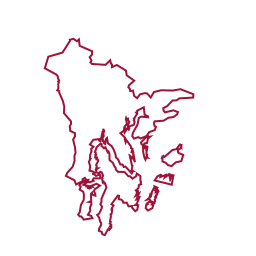 Gildeskål nor, Nordland, Norway, rotated 167°
{"feature_id": "86288312B17859654216493", "entity_name": "Gildeskål nor", "entity_type": "district", "adm_level": 2, "iso_a3": "NOR", "parent_name": "Norway", "parent_adm1": "Nordland", "projection": "albers", "projection_center": [14.061, 66.984], "detail": "fine", "context": "isolated", "style": "outline", "palette": "rose", "viewbox_px": 256, "rotation_deg": 167, "n_neighbors": 0, "source": "geoboundaries", "source_scale": "gbopen_adm2", "svg_char_len": 5841}
<svg xmlns="http://www.w3.org/2000/svg" viewBox="0 0 256 256"><g transform="rotate(167 128 128)"><path d="M191.3,84.7L183.4,86.7L183.8,88.3L181.2,89.1L180.6,87.5L181.4,86.6L178.2,86.4L179.0,84.7L177.7,83.8L173.4,84.2L174.0,85.4L172.8,86.7L166.7,85.2L165.6,87.9L165.9,89.0L170.0,88.5L171.3,90.6L173.1,91.0L170.6,91.7L171.4,93.2L175.1,95.1L173.5,98.9L173.7,103.9L171.6,106.3L172.1,106.4L171.0,110.1L168.7,113.8L168.7,115.8L165.9,117.5L168.8,120.5L164.4,124.3L158.2,123.6L158.9,122.1L157.8,121.2L153.5,130.3L152.6,130.4L152.4,132.8L151.8,130.4L153.1,128.6L153.5,125.5L155.1,124.1L155.1,121.1L155.8,120.1L154.8,120.6L154.7,118.3L153.8,117.6L151.9,122.2L150.7,123.0L151.0,117.6L148.0,114.0L146.9,110.7L146.1,105.1L146.4,102.1L144.7,99.6L143.7,94.2L141.5,93.6L140.9,91.0L139.2,91.0L134.6,82.9L133.7,84.0L134.1,84.9L132.7,84.8L134.0,86.0L132.2,90.1L132.6,90.3L132.5,100.8L131.9,100.2L131.4,96.5L131.2,98.0L129.2,99.2L129.7,97.9L128.9,93.1L128.6,99.1L129.1,98.8L129.0,100.5L128.3,102.8L128.4,104.6L130.4,103.0L128.3,106.7L129.7,107.8L129.3,108.7L129.6,110.1L132.3,116.7L133.5,114.7L133.7,117.9L133.1,119.3L136.6,124.7L132.4,126.5L132.4,124.3L129.4,127.1L130.3,128.2L131.6,126.3L132.3,127.1L131.3,129.9L128.0,132.4L128.1,137.3L127.5,138.4L126.8,136.5L126.0,136.8L126.3,135.8L125.3,133.7L127.8,130.2L128.1,126.7L127.7,126.2L126.8,127.4L126.8,128.7L127.7,128.1L126.9,129.2L121.6,129.8L120.1,132.6L120.4,133.9L121.2,133.3L119.6,135.5L120.0,135.9L115.8,139.8L116.6,141.3L115.4,141.5L115.2,142.8L108.0,144.6L108.8,137.3L105.9,134.8L106.0,133.9L112.4,136.1L115.2,135.4L118.0,129.1L124.4,122.1L125.7,119.1L124.5,116.3L120.1,116.8L118.0,115.0L111.7,116.0L108.3,119.2L102.4,120.0L100.5,122.9L101.6,123.9L101.8,126.5L100.6,128.5L91.5,127.1L86.5,128.9L81.1,128.5L77.1,130.2L75.7,132.3L79.8,135.0L88.4,134.9L89.4,136.8L89.2,139.4L85.0,140.5L78.3,144.8L74.6,144.0L71.2,145.3L57.7,143.0L56.7,146.2L68.1,154.0L75.8,154.4L87.2,157.3L94.6,157.2L99.0,152.6L101.6,157.4L103.8,158.2L108.7,158.1L112.5,155.0L114.8,158.0L114.7,163.3L117.5,163.5L117.4,165.7L118.5,167.6L117.5,169.4L111.3,172.7L117.4,179.7L117.1,184.4L124.7,191.9L130.0,190.9L129.3,193.4L130.1,194.8L130.1,198.0L135.7,194.6L148.7,198.5L149.9,200.5L148.4,201.9L149.4,205.7L146.6,207.6L145.6,210.8L156.6,218.9L155.9,225.3L158.2,224.0L161.0,227.1L164.8,227.1L164.9,226.0L174.9,216.2L189.6,215.4L195.6,204.9L185.8,196.2L184.8,194.1L185.1,192.3L184.4,189.8L185.6,189.1L185.0,188.2L186.1,186.5L187.0,182.1L188.5,180.6L186.7,179.5L187.0,177.7L185.4,169.2L185.3,163.1L187.1,156.9L182.1,147.4L182.5,145.0L184.4,142.7L184.9,138.1L180.9,134.9L181.5,131.9L184.1,129.0L184.0,121.0L184.7,115.5L186.4,113.1L187.5,107.9L190.7,102.6L197.1,98.2L199.3,95.3L192.0,89.2L191.3,84.7ZM174.6,28.9L170.6,33.5L169.5,33.0L169.3,34.7L169.0,33.2L166.6,34.8L166.3,36.5L167.6,36.3L166.2,37.8L167.3,39.1L165.9,40.4L166.5,41.2L164.6,45.5L164.3,47.9L163.3,48.1L161.9,51.3L162.5,51.9L161.7,52.7L162.0,53.3L159.5,55.8L161.3,57.4L153.1,64.5L152.0,64.0L153.0,60.7L150.6,59.7L149.5,58.0L149.5,56.3L146.0,55.5L145.1,51.5L141.7,51.1L141.9,49.4L139.7,45.3L137.4,46.2L135.5,50.5L138.3,51.3L136.5,52.1L132.3,58.3L133.9,58.4L134.8,57.1L135.1,57.0L135.8,56.4L136.0,56.4L132.0,61.7L135.7,60.3L133.8,62.7L134.0,64.6L132.6,63.5L132.5,64.5L134.1,65.5L131.3,67.1L130.2,70.0L127.8,70.3L128.1,71.4L127.4,72.6L127.8,73.8L126.7,78.3L129.7,81.7L131.0,79.1L135.1,77.7L136.8,80.4L138.5,81.0L141.3,86.0L147.6,87.5L149.2,90.2L149.0,92.0L150.0,94.0L150.5,97.4L153.2,100.9L151.9,107.0L152.2,109.4L153.2,108.8L154.4,115.1L154.8,113.7L155.9,113.5L157.9,116.6L157.3,118.2L158.4,118.9L162.8,116.4L165.6,111.9L165.0,111.2L165.3,109.9L166.6,108.6L164.6,109.7L166.7,106.7L165.4,106.1L166.1,103.8L164.8,105.5L164.4,102.7L167.4,99.1L167.0,97.9L168.0,95.9L166.3,95.5L168.8,94.4L168.5,93.4L169.0,92.0L166.6,90.4L164.8,91.6L163.6,90.7L163.0,87.1L164.6,85.0L164.2,84.4L164.8,83.6L164.8,80.6L163.8,81.1L163.6,79.3L162.8,79.4L162.4,74.9L169.8,65.0L170.5,61.9L172.1,60.0L171.0,57.2L172.1,55.1L175.4,51.1L177.6,50.2L176.3,47.2L176.1,42.6L175.5,41.6L176.0,39.5L178.7,36.6L179.5,34.3L176.9,32.6L176.9,30.2L174.6,28.9ZM193.9,56.9L196.1,54.8L194.8,52.6L193.5,52.4L191.7,48.7L183.0,48.1L183.6,50.6L186.6,52.5L183.4,55.8L183.1,58.6L180.6,62.4L180.6,64.0L182.5,64.7L180.3,65.1L178.9,72.2L177.7,72.9L178.2,71.4L175.0,69.4L174.7,71.2L175.4,73.8L174.3,75.7L168.3,78.1L171.3,80.7L176.6,79.9L175.9,78.7L178.9,79.7L178.0,77.9L179.4,77.7L180.5,78.5L179.7,79.7L181.1,80.2L180.1,80.7L184.2,82.7L180.1,84.3L180.5,84.8L184.1,85.3L187.5,84.1L188.3,83.1L187.3,81.3L189.0,78.9L185.9,75.9L186.0,72.5L187.4,67.8L191.2,63.6L193.9,56.9ZM94.1,81.1L89.2,83.8L83.5,83.7L80.2,89.4L84.4,92.3L84.7,93.8L84.2,95.4L80.8,96.7L80.9,97.7L80.4,96.9L80.0,98.8L81.1,98.3L79.9,99.5L81.2,100.3L85.1,96.9L84.3,96.4L89.6,96.6L98.9,91.6L99.8,92.8L100.6,91.9L100.4,93.2L101.8,90.9L101.2,90.6L102.0,87.7L99.1,85.6L97.4,82.8L94.1,81.1ZM113.8,70.9L98.1,62.9L94.9,70.6L95.9,71.3L94.8,71.8L97.9,73.4L97.4,69.6L98.5,68.2L98.4,73.5L103.3,71.5L101.7,73.8L107.4,73.0L106.3,74.8L106.6,75.1L110.3,74.2L113.8,70.9ZM118.1,93.2L117.0,95.2L115.6,94.7L116.2,95.5L115.4,97.5L115.9,97.7L115.6,99.8L112.9,106.1L114.9,104.1L114.7,105.4L116.0,105.1L114.9,106.3L115.5,106.9L116.0,106.3L116.5,105.0L116.9,104.5L117.0,104.5L115.5,109.3L112.9,109.1L110.9,113.2L108.2,114.6L110.8,114.8L110.5,116.1L118.7,111.0L118.4,108.9L117.2,108.3L118.6,101.1L118.7,95.6L118.1,93.2ZM119.4,49.3L118.0,50.6L118.2,52.1L115.5,55.0L117.8,54.1L116.0,55.8L116.7,56.2L115.2,56.1L113.6,58.4L115.7,58.9L115.0,60.3L115.3,60.7L112.8,60.2L113.8,62.3L112.7,63.2L115.1,65.0L114.8,62.5L116.1,63.9L120.2,58.9L119.8,58.5L120.9,56.7L121.5,57.8L122.3,56.2L121.8,55.8L125.5,53.9L123.0,53.8L122.7,52.1L119.4,49.3ZM127.1,43.1L122.3,44.4L120.6,47.5L121.6,47.9L119.8,48.6L123.9,51.3L126.5,50.2L126.0,49.3L127.6,48.9L128.8,45.9L127.1,43.1Z" fill="none" stroke="#9f1239" stroke-width="2"/></g></svg>